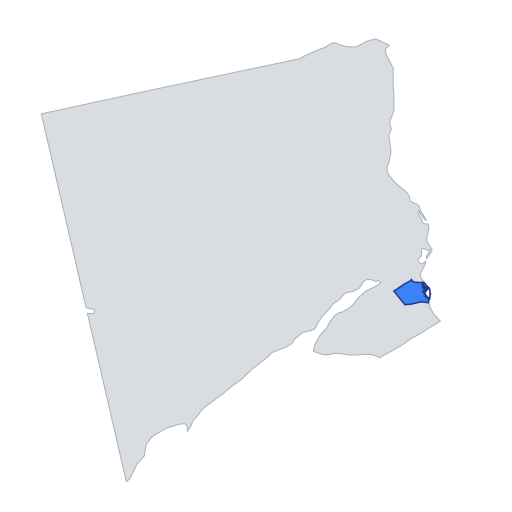 Bir Al-Abd, Shamal Sina', Egypt shown in context, rotated 77°
{"feature_id": "37247803B3069705007202", "entity_name": "Bir Al-Abd", "entity_type": "district", "adm_level": 2, "iso_a3": "EGY", "parent_name": "Egypt", "parent_adm1": "Shamal Sina'", "projection": "robinson", "projection_center": [33.135, 30.752], "detail": "fine", "context": "in_parent", "style": "filled", "palette": "blue", "viewbox_px": 512, "rotation_deg": 77, "n_neighbors": 0, "source": "geoboundaries", "source_scale": "gbopen_adm2", "svg_char_len": 7000}
<svg xmlns="http://www.w3.org/2000/svg" viewBox="0 0 512 512"><g transform="rotate(77 256 256)"><path d="M446.3,433.1L435.9,433.1L425.5,433.1L415.1,433.1L404.7,433.1L394.3,433.1L383.9,433.1L373.5,433.1L363.1,433.1L352.7,433.1L342.3,433.1L331.9,433.1L321.4,433.1L311.0,433.1L300.6,433.1L290.2,433.2L279.8,433.2L273.9,433.2L274.9,429.9L275.5,427.6L274.9,426.0L272.8,425.6L271.5,426.1L268.4,432.9L266.8,433.2L263.1,433.2L250.9,433.2L238.8,433.2L226.7,433.2L214.6,433.2L202.5,433.2L190.4,433.2L178.3,433.2L166.1,433.2L154.0,433.2L141.9,433.2L129.8,433.2L117.7,433.2L105.6,433.2L93.5,433.2L81.3,433.2L69.2,433.2L69.3,424.9L69.5,416.7L69.6,408.4L69.7,400.2L69.8,392.0L69.9,383.7L70.0,375.5L70.1,367.2L70.2,359.0L70.3,350.8L70.4,342.5L70.5,334.3L70.7,326.1L70.8,317.8L70.9,309.6L71.1,301.3L71.3,293.1L71.4,284.9L71.6,276.6L71.7,268.4L71.9,260.2L72.0,251.9L72.2,243.7L72.3,235.4L72.5,227.2L72.6,219.0L72.8,210.7L73.0,202.5L73.1,194.2L73.3,186.0L73.4,177.8L73.6,169.5L73.3,168.0L71.7,162.4L70.3,155.3L68.7,146.5L68.6,143.7L65.9,134.7L65.7,132.1L66.5,130.3L71.4,122.7L72.9,119.1L74.2,114.6L74.6,111.0L73.4,105.5L71.9,100.6L71.5,95.5L71.4,90.6L73.9,87.2L76.8,84.0L77.9,82.0L79.7,79.8L80.9,78.8L83.1,83.3L87.9,84.0L103.8,80.1L121.2,84.1L130.8,85.6L145.6,89.0L154.5,95.0L157.0,95.8L163.5,95.7L167.7,99.3L184.6,101.0L193.6,104.9L198.7,108.1L201.8,109.1L204.5,108.9L208.2,107.7L212.9,105.5L218.0,102.4L228.5,94.5L232.3,93.1L234.7,93.5L237.6,93.4L238.9,91.2L240.4,89.7L241.4,88.1L243.0,86.1L248.5,85.5L259.4,82.0L258.2,83.7L248.2,87.5L252.5,88.0L256.8,86.7L261.8,85.9L262.7,84.2L263.4,81.1L264.3,80.7L267.8,81.3L278.0,86.0L280.5,86.1L287.7,83.5L289.3,83.0L291.6,84.4L296.9,90.3L295.0,90.2L289.4,85.1L288.8,87.7L285.6,92.1L289.6,94.0L292.9,94.7L294.7,97.2L295.8,99.4L299.1,98.5L301.4,95.5L300.2,93.8L299.4,92.1L300.4,92.0L302.7,93.4L309.2,99.1L311.3,100.3L313.9,100.1L319.1,98.5L320.6,98.8L327.7,96.7L328.5,98.2L329.7,99.7L335.3,98.0L344.3,98.1L351.6,96.2L360.1,91.7L360.7,91.0L361.2,92.1L362.2,95.2L364.8,103.0L367.1,109.2L369.9,117.6L370.8,120.9L371.1,123.2L375.2,132.5L377.6,140.2L379.4,146.4L381.9,155.5L382.9,158.7L381.2,160.4L377.7,166.3L374.1,185.1L368.8,199.8L368.2,209.0L367.4,212.3L364.8,217.0L361.8,221.5L356.3,219.2L347.4,211.1L342.2,203.5L336.6,198.6L331.3,192.1L329.9,187.4L330.0,184.4L327.7,177.0L326.0,173.5L319.6,165.7L317.7,161.5L316.3,159.7L314.9,157.1L312.6,146.9L310.1,140.5L307.2,142.3L307.7,145.0L305.2,148.7L303.7,153.1L304.8,156.6L310.1,162.0L311.1,164.4L312.3,169.5L312.1,176.5L313.0,178.9L316.9,184.0L318.3,187.1L319.1,189.8L320.4,192.2L324.3,196.7L329.9,205.3L335.2,211.0L339.1,213.8L340.7,216.6L341.1,223.9L340.8,227.3L344.2,233.8L345.4,237.1L348.7,239.7L350.2,242.8L351.6,247.8L353.7,262.5L356.5,266.1L365.4,285.4L372.8,297.6L376.5,306.7L382.0,317.8L392.8,342.2L399.2,349.7L401.8,354.0L406.5,357.2L411.5,361.9L406.7,361.5L405.5,361.7L403.8,362.5L403.0,365.4L402.7,367.7L403.3,380.1L404.7,386.4L408.9,398.3L412.1,401.9L413.7,404.2L415.8,405.9L425.8,409.9L431.7,418.5L445.0,429.4L446.3,432.4L446.3,433.1Z" fill="#d9dde1" stroke="#a8b0b8" stroke-width="1"/><path d="M336.9,121.9L337.8,116.5L337.8,110.0L337.8,105.7L339.0,102.0L340.4,98.5L339.7,98.4L339.2,98.2L338.4,98.1L337.8,97.8L337.5,97.5L337.4,97.6L337.2,97.2L337.2,97.3L337.0,97.2L337.1,96.9L337.3,97.1L337.5,97.3L337.5,97.2L337.7,97.4L338.2,97.6L338.4,97.9L338.4,98.0L338.5,98.0L338.5,97.9L338.4,97.7L337.9,97.3L336.6,96.4L336.3,96.3L336.1,96.3L336.0,96.1L335.8,96.0L335.3,95.9L334.4,95.5L333.4,95.2L332.9,95.1L332.4,95.0L331.9,94.9L330.4,94.5L328.5,94.3L326.5,94.3L326.0,94.5L324.0,95.9L322.6,96.7L322.3,96.8L322.5,96.8L322.7,96.7L323.9,96.2L324.1,96.0L325.2,95.2L325.4,95.2L325.6,95.3L326.0,95.3L326.4,95.2L326.5,95.1L326.5,94.9L326.4,94.8L326.2,94.8L326.2,94.7L326.4,94.7L326.9,94.4L327.9,94.4L328.2,94.5L329.0,94.4L330.1,94.5L331.7,95.0L331.8,94.9L331.8,95.0L332.2,95.0L332.7,95.2L332.9,95.3L333.3,95.3L333.6,95.4L334.0,95.5L334.5,95.8L335.0,96.0L334.9,96.1L335.1,96.4L335.2,96.5L335.3,96.5L335.5,96.5L336.7,97.0L336.0,96.8L335.7,96.6L335.8,97.1L335.8,97.3L335.8,97.5L335.7,97.6L335.4,97.6L335.3,97.8L335.4,98.0L335.4,98.3L335.3,98.5L335.5,98.6L335.4,98.7L335.3,98.8L335.1,98.8L335.1,98.7L334.9,98.5L334.4,98.6L334.2,98.6L334.0,98.8L333.8,98.8L333.7,98.6L333.2,98.7L333.1,98.8L333.3,98.8L333.5,98.8L333.6,99.0L333.6,99.3L333.2,99.3L333.2,99.2L333.3,99.2L333.2,99.1L332.9,99.2L332.9,99.3L333.0,99.3L333.3,99.4L333.5,99.6L333.4,99.6L333.2,99.6L333.3,99.8L333.2,99.9L333.2,100.0L333.1,99.9L332.8,99.9L332.6,99.7L332.7,99.4L332.4,99.4L332.2,99.6L331.8,99.7L331.7,99.7L331.7,99.8L331.4,99.9L331.2,99.9L331.2,100.0L331.3,100.1L331.2,100.2L330.1,100.0L329.8,100.2L329.7,100.2L329.7,100.3L329.8,100.3L330.5,100.3L330.6,100.6L330.0,100.6L329.9,100.6L329.5,100.6L329.1,100.8L328.6,101.0L328.2,101.0L328.1,101.3L328.0,101.2L327.7,101.0L327.9,100.9L327.9,100.6L328.1,100.6L328.0,100.4L328.2,100.2L328.2,99.9L328.3,99.8L328.7,99.7L328.4,99.7L328.2,99.7L327.9,99.6L327.2,99.3L327.1,99.2L327.2,98.9L327.3,98.9L327.5,99.0L327.8,98.8L327.6,98.8L327.4,98.8L327.3,98.7L327.2,98.7L327.1,98.8L327.1,98.7L326.8,98.8L326.6,98.7L327.0,98.5L327.1,98.4L327.0,98.2L326.9,98.2L326.7,98.2L326.8,98.1L326.8,97.9L326.9,97.7L327.1,97.7L327.2,97.4L327.3,97.5L327.2,97.7L327.2,97.9L327.4,97.9L327.5,97.9L327.6,98.0L327.9,97.9L328.1,98.0L328.3,98.5L328.6,98.7L328.4,98.3L328.3,98.0L328.1,97.8L327.9,97.8L327.6,97.7L327.5,97.4L327.4,97.1L327.0,96.6L326.9,96.3L326.5,96.2L327.0,95.9L327.3,95.9L327.0,95.8L326.8,95.8L325.4,96.7L325.2,96.8L324.6,97.0L324.2,97.3L324.1,97.7L323.7,98.1L323.3,98.8L323.1,98.9L322.8,98.9L322.6,98.9L322.4,98.9L322.1,99.0L322.5,99.1L322.5,99.3L322.8,99.4L323.0,99.3L323.1,99.2L324.1,99.3L324.4,99.5L324.3,99.3L324.3,98.9L324.3,98.6L324.6,98.4L325.5,98.2L325.6,98.3L325.6,98.5L325.2,98.7L325.1,99.2L325.3,99.3L325.3,99.5L325.1,99.5L324.7,99.5L324.4,99.6L324.3,99.8L324.0,99.8L323.9,100.2L324.0,100.2L324.4,100.3L324.2,100.7L324.0,100.9L323.9,100.9L323.7,100.9L323.1,100.9L322.8,100.8L322.7,100.6L322.3,100.6L322.0,100.5L322.0,100.4L322.3,100.5L322.9,100.4L322.8,100.1L322.6,100.1L322.8,100.0L322.9,99.9L322.7,99.8L322.8,99.7L322.9,99.8L323.0,99.7L322.9,99.6L322.7,99.6L322.2,99.2L321.5,98.9L321.1,99.0L321.3,99.1L321.5,99.2L321.7,99.3L321.8,99.4L322.0,99.4L322.1,99.5L322.0,99.8L321.8,99.8L321.6,99.7L321.8,99.7L321.7,99.5L321.4,99.6L321.2,99.8L321.3,99.8L321.1,100.0L320.9,100.1L320.8,99.9L320.7,99.9L320.5,99.7L320.3,99.6L320.1,99.4L319.7,99.5L319.2,99.7L319.1,99.8L318.4,103.6L317.4,106.4L316.8,108.4L314.4,109.8L313.9,109.8L315.1,111.9L316.8,118.0L320.1,126.5L321.1,129.6L330.3,125.1L336.9,121.9ZM319.3,98.8L319.5,98.5L319.8,98.4L320.6,97.8L320.8,97.7L321.2,97.5L321.3,97.4L321.2,97.4L321.4,97.3L321.6,97.3L322.1,96.9L321.7,97.0L320.6,97.6L319.8,98.2L319.5,98.3L319.3,98.6L319.3,98.8ZM320.5,99.4L320.8,99.5L321.0,99.7L321.3,99.6L321.5,99.5L321.4,99.3L321.1,99.5L320.9,99.5L320.9,99.4L320.6,99.3L320.5,99.4ZM320.1,99.0L320.4,99.0L320.4,98.8L320.2,98.7L320.1,98.8L320.1,99.0Z" fill="#3b82f6" stroke="#1e3a8a" stroke-width="1.5"/></g></svg>